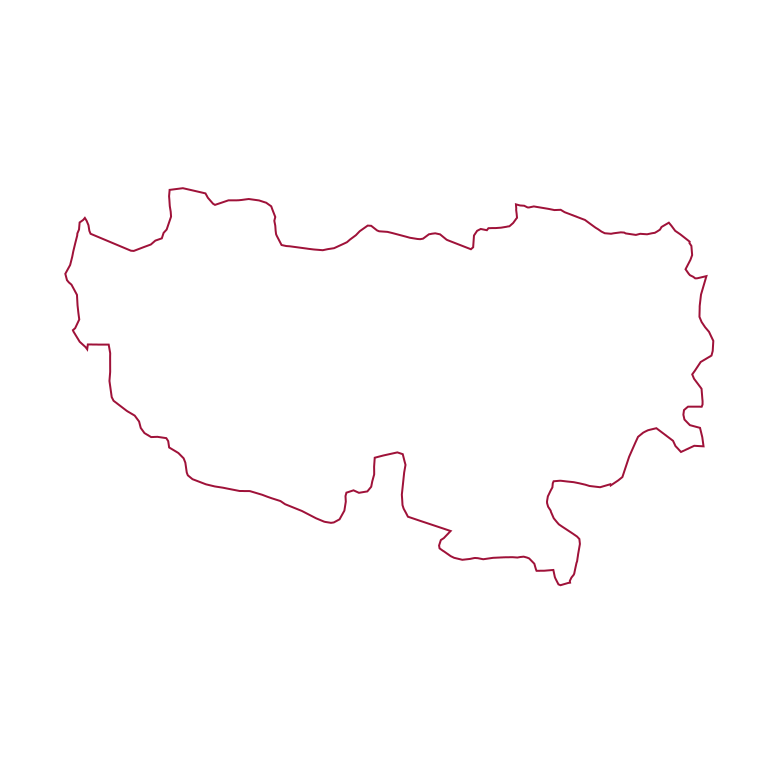 the district of Santa, Al Gharbiyah, Egypt, rotated 274°
{"feature_id": "37247803B92664797200587", "entity_name": "Santa", "entity_type": "district", "adm_level": 2, "iso_a3": "EGY", "parent_name": "Egypt", "parent_adm1": "Al Gharbiyah", "projection": "orthographic", "projection_center": [31.113, 30.774], "detail": "fine", "context": "isolated", "style": "outline", "palette": "rose", "viewbox_px": 768, "rotation_deg": 274, "n_neighbors": 0, "source": "geoboundaries", "source_scale": "gbopen_adm2", "svg_char_len": 4778}
<svg xmlns="http://www.w3.org/2000/svg" viewBox="0 0 768 768"><g transform="rotate(274 384 384)"><path d="M514.1,698.1L511.3,689.1L511.1,687.1L512.5,685.0L513.9,681.6L515.3,680.2L519.5,676.8L529.2,681.0L534.1,682.4L543.2,681.0L545.9,678.9L547.3,679.0L553.4,670.0L554.3,668.6L557.1,663.8L562.0,659.6L564.8,656.9L562.0,652.8L560.0,649.9L557.2,648.5L555.1,645.7L553.7,643.6L553.1,640.9L551.7,636.0L551.7,629.1L550.3,624.9L551.0,615.6L551.1,614.5L551.8,613.1L551.8,609.7L550.4,602.7L549.7,600.0L549.8,593.7L551.2,590.3L553.3,586.8L554.7,584.1L558.2,578.5L561.7,573.0L562.4,570.6L568.0,552.2L570.1,548.1L569.4,541.9L570.2,535.6L570.7,530.4L571.3,524.0L571.6,521.1L570.2,516.2L570.2,514.8L571.6,511.4L571.6,507.2L572.4,503.1L568.2,503.7L566.8,503.7L563.3,504.4L559.1,505.1L558.1,504.4L553.6,501.6L550.1,498.1L549.7,496.2L549.4,495.3L548.1,489.8L547.4,484.9L547.0,480.1L546.7,477.3L544.6,475.9L545.4,469.7L543.3,466.2L538.4,463.4L526.6,463.4L524.5,461.3L531.8,437.8L532.3,436.4L537.2,429.5L537.9,424.6L537.2,421.1L536.9,420.2L536.5,418.4L531.7,412.8L531.0,410.0L531.0,407.4L531.7,399.6L532.4,396.2L535.2,381.6L536.0,376.8L536.0,370.6L536.0,368.5L536.7,366.4L540.9,360.2L540.9,356.7L534.7,349.1L530.5,345.6L525.7,340.0L522.9,337.2L521.7,335.1L516.0,324.7L514.6,318.5L513.2,313.6L513.3,304.6L513.6,298.7L513.7,297.7L514.8,280.4L514.8,279.5L514.8,276.9L515.5,272.1L524.5,266.6L525.9,265.9L529.4,265.2L534.3,264.5L536.2,264.0L538.0,263.5L539.2,263.2L540.9,263.5L543.0,263.9L549.8,260.7L553.4,259.1L555.7,255.3L556.6,253.9L557.0,252.2L558.4,246.6L559.1,236.2L558.7,234.1L557.7,229.3L557.1,225.8L556.7,221.0L556.4,216.1L553.0,208.0L550.9,202.9L551.9,200.9L554.7,198.1L557.5,195.3L561.7,192.6L562.0,190.7L563.8,179.4L565.3,169.7L562.9,157.7L562.7,156.6L556.3,156.5L553.1,157.0L546.5,157.9L541.0,159.2L536.1,159.9L522.9,156.4L519.4,153.6L513.8,152.2L511.1,145.9L506.9,141.7L503.8,134.8L499.3,125.1L499.3,122.3L513.4,80.8L516.2,79.4L521.8,78.1L526.0,76.0L528.8,74.0L526.7,72.5L523.9,69.1L518.3,69.0L516.9,69.0L515.1,68.4L512.8,67.6L510.7,67.6L503.0,66.2L494.7,64.8L489.1,64.1L480.8,62.6L471.7,58.4L465.5,60.5L463.4,62.5L461.3,65.3L451.5,71.5L441.1,72.8L433.4,74.2L427.1,75.5L418.1,72.0L416.0,69.9L414.6,70.6L404.9,77.5L400.0,83.7L397.9,85.5L402.8,85.8L403.6,99.8L404.1,106.6L395.7,108.7L391.9,108.9L376.9,110.0L367.9,109.9L351.9,113.3L348.4,115.4L339.3,129.2L338.8,130.1L335.1,137.5L329.5,142.3L323.2,144.4L318.3,148.5L314.8,155.4L315.5,161.6L314.8,170.6L312.0,172.7L305.7,174.1L302.2,181.0L300.8,183.7L295.9,189.3L291.7,191.3L282.0,193.4L280.2,194.2L279.2,194.7L275.7,199.6L271.5,213.4L270.0,222.4L269.3,230.7L268.7,235.3L267.2,247.4L267.8,257.7L265.0,270.2L263.4,275.5L262.2,279.9L260.0,288.9L257.2,293.7L251.6,311.0L245.3,325.6L242.5,333.9L242.3,335.2L241.8,340.8L242.4,343.6L245.2,348.0L245.9,349.1L254.9,353.3L264.0,354.1L269.5,353.4L273.0,354.1L273.5,355.4L275.8,361.0L273.7,366.6L275.7,374.9L280.6,378.4L286.1,379.1L293.1,380.5L296.1,380.3L300.8,379.9L304.9,379.9L309.8,379.9L312.6,388.2L316.7,402.1L315.3,407.6L308.3,409.9L304.8,411.1L297.2,410.3L277.3,409.6L274.9,409.5L270.0,410.2L264.5,410.9L261.0,412.3L256.8,415.0L253.3,417.1L250.2,428.9L243.8,453.8L242.0,460.7L234.4,454.4L232.3,451.6L226.7,450.2L223.9,450.9L221.8,454.3L221.3,455.3L216.9,462.6L215.5,466.1L214.8,470.3L214.1,474.4L215.5,482.0L216.6,485.9L216.8,486.9L216.8,489.7L216.1,495.2L218.2,504.9L219.5,516.0L220.2,524.3L220.2,529.2L220.9,532.0L221.5,535.4L220.8,538.9L220.1,541.0L215.2,546.5L209.7,548.5L208.3,549.2L208.9,556.8L210.3,565.9L203.3,567.9L201.9,568.6L196.3,572.0L195.6,574.1L198.4,581.7L198.8,583.5L200.5,583.1L204.0,584.5L207.0,586.6L208.2,587.0L212.0,587.5L218.9,588.5L220.6,589.0L223.7,589.2L225.9,589.4L227.6,589.5L238.1,590.6L243.0,589.7L245.3,587.2L248.7,581.4L254.2,571.6L256.2,568.2L257.2,567.2L258.3,566.1L261.9,562.7L266.3,560.4L268.2,559.4L269.3,559.1L273.0,556.3L276.5,555.0L278.3,554.8L283.4,555.3L284.3,555.7L287.6,557.0L289.6,557.8L292.6,559.2L296.8,559.3L298.8,560.0L299.8,566.4L299.8,567.7L299.5,573.9L299.3,580.1L298.6,585.5L297.6,591.8L296.6,596.1L296.1,606.8L299.8,616.8L298.6,617.2L304.2,624.4L307.8,628.3L328.5,633.6L343.2,638.9L349.0,641.1L353.5,645.9L354.7,647.8L356.2,650.4L356.7,651.8L358.9,658.8L347.5,676.3L342.4,679.1L340.6,681.1L336.9,685.0L344.0,697.8L344.1,707.1L351.8,705.5L353.2,705.2L362.3,702.3L363.2,697.6L364.3,692.0L369.5,686.2L374.2,684.8L376.1,684.9L378.9,685.1L381.5,687.7L382.6,688.9L382.8,691.4L383.0,694.8L383.2,697.6L383.5,702.5L385.8,703.2L389.1,703.0L391.4,702.6L401.4,701.1L410.9,692.9L415.1,690.8L419.1,693.3L420.0,693.8L428.1,698.4L435.2,708.7L439.9,709.6L450.0,709.5L454.4,707.0L458.7,704.6L462.3,701.1L463.0,700.4L468.0,696.5L473.0,694.0L482.0,693.6L483.2,693.5L484.2,693.5L495.3,694.0L514.1,698.1Z" fill="none" stroke="#9f1239" stroke-width="2"/></g></svg>